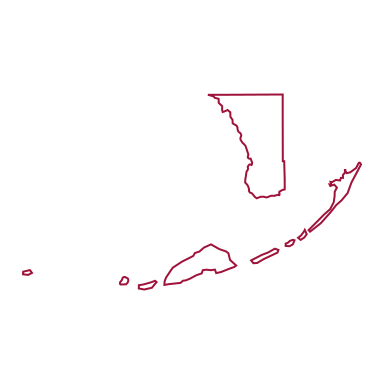 the district of Monroe, United States of America
{"feature_id": "52423323B83657020181819", "entity_name": "Monroe", "entity_type": "district", "adm_level": 2, "iso_a3": "USA", "parent_name": "United States of America", "parent_adm1": "", "projection": "natural_earth1", "projection_center": [-81.165, 25.16], "detail": "fine", "context": "isolated", "style": "outline", "palette": "rose", "viewbox_px": 384, "rotation_deg": 0, "n_neighbors": 0, "source": "geoboundaries", "source_scale": "gbopen_adm2", "svg_char_len": 2689}
<svg xmlns="http://www.w3.org/2000/svg" viewBox="0 0 384 384"><path d="M282.7,94.5L223.6,94.8L207.9,94.8L213.5,96.3L214.7,97.8L218.6,98.8L218.8,103.0L222.2,106.1L222.1,109.9L222.7,112.0L224.3,111.5L227.6,110.0L230.3,112.3L230.4,116.8L232.5,119.8L232.7,123.4L236.6,125.7L237.5,127.6L237.6,129.6L238.5,131.8L240.5,133.3L241.1,134.8L241.3,135.5L240.4,138.1L240.6,139.9L242.7,143.0L244.3,144.4L245.6,146.1L248.4,154.6L248.3,155.1L247.9,155.9L247.9,157.7L249.0,158.6L250.7,158.7L252.1,162.6L252.0,164.1L251.5,165.0L250.0,164.4L249.2,164.7L248.2,165.9L247.7,167.1L248.1,168.2L247.7,170.0L246.8,171.1L246.4,172.4L245.6,178.0L245.3,179.1L245.2,182.6L247.3,184.8L248.4,187.0L248.9,188.6L249.1,191.4L250.0,192.6L251.7,193.2L252.7,194.2L254.9,197.0L256.8,198.3L260.5,196.8L263.9,196.7L265.6,197.3L266.9,197.4L270.4,196.0L272.2,195.7L274.0,195.9L277.4,194.9L279.3,195.1L279.6,193.9L279.2,193.0L279.4,191.7L282.5,189.9L284.7,189.5L284.7,179.5L284.2,161.2L282.8,161.2L282.7,115.6L282.7,101.2L282.7,94.5ZM164.6,281.4L164.4,284.9L169.2,284.1L180.5,282.9L183.0,280.7L185.7,280.4L189.7,278.8L196.4,275.2L201.7,273.4L202.8,270.2L206.7,269.7L210.9,270.2L214.9,269.6L216.2,273.1L221.1,272.0L227.4,269.5L234.4,266.9L236.2,265.5L230.0,259.9L228.4,253.2L225.9,251.4L219.3,249.1L211.0,244.4L204.1,247.5L199.3,251.6L194.9,253.0L193.2,256.0L182.1,261.6L172.9,267.6L170.9,270.3L166.1,277.5L164.6,281.4ZM358.7,163.0L358.4,163.6L356.1,168.0L350.1,172.4L346.6,173.1L345.2,170.6L345.3,170.0L344.9,170.0L344.9,172.7L342.9,175.0L343.0,177.9L340.9,177.9L340.0,180.5L335.9,179.9L331.9,182.2L330.5,181.9L331.4,184.9L329.6,184.5L330.3,186.0L334.2,184.6L336.9,187.6L334.7,191.8L334.6,196.2L333.7,202.3L330.2,209.1L324.2,214.4L317.4,221.3L308.6,230.1L310.0,231.7L320.8,223.2L330.7,212.1L336.2,205.1L341.5,200.4L347.6,193.1L351.5,182.4L356.9,172.3L361.0,164.5L360.7,164.1L360.4,163.2L359.6,162.7L359.2,162.7L358.7,163.0ZM251.1,260.4L253.4,263.2L257.1,263.0L263.9,259.0L277.5,252.6L278.4,249.9L274.8,248.7L268.3,252.4L261.6,255.0L256.2,257.8L251.1,260.4ZM138.9,285.2L138.8,288.5L144.3,289.5L152.0,287.7L155.0,283.9L156.6,282.1L155.1,280.8L151.1,282.3L143.7,284.4L138.9,285.2ZM120.1,282.2L120.0,283.9L120.7,284.5L126.1,284.3L127.7,282.5L128.3,280.8L128.1,278.9L127.7,278.4L125.0,277.0L123.8,277.1L122.8,277.6L121.8,280.2L120.1,282.2ZM298.1,237.8L300.7,239.9L304.4,237.4L306.7,234.2L305.5,231.4L304.8,229.9L304.0,231.5L301.0,235.5L298.1,237.8ZM285.6,245.9L285.7,246.0L286.2,246.0L289.5,246.2L292.5,244.6L293.2,243.7L293.5,242.8L294.5,240.3L292.9,239.8L289.9,240.9L287.8,242.8L285.7,243.6L285.6,245.9ZM23.2,271.7L23.0,274.3L28.1,274.9L32.0,272.9L29.9,270.1L25.3,271.2L23.2,271.7Z" fill="none" stroke="#9f1239" stroke-width="2"/></svg>